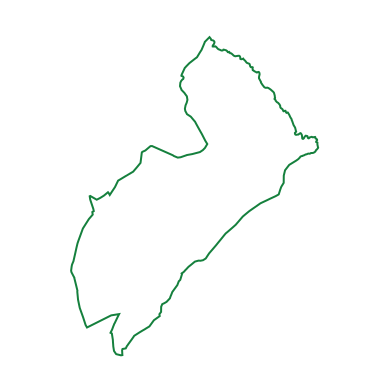 Mazhar, Raymah, Yemen, rotated 261°
{"feature_id": "15242507B74334805972717", "entity_name": "Mazhar", "entity_type": "district", "adm_level": 2, "iso_a3": "YEM", "parent_name": "Yemen", "parent_adm1": "Raymah", "projection": "albers", "projection_center": [43.787, 14.568], "detail": "fine", "context": "isolated", "style": "outline", "palette": "green", "viewbox_px": 384, "rotation_deg": 261, "n_neighbors": 0, "source": "geoboundaries", "source_scale": "gbopen_adm2", "svg_char_len": 5968}
<svg xmlns="http://www.w3.org/2000/svg" viewBox="0 0 384 384"><g transform="rotate(261 192 192)"><path d="M342.2,233.5L338.3,228.2L338.2,228.2L334.9,226.2L331.1,223.8L330.9,223.7L328.8,221.8L327.6,220.8L324.3,218.0L323.1,215.7L319.7,209.6L318.3,207.7L317.6,206.8L317.1,206.1L315.8,204.5L315.7,204.3L310.3,200.7L309.2,200.0L308.5,199.7L308.4,199.7L307.4,201.3L306.2,201.6L305.0,201.0L304.6,200.1L303.4,198.7L301.8,197.6L298.4,196.7L295.2,197.5L294.5,197.6L291.5,199.7L290.9,200.1L290.0,200.5L287.3,201.9L283.7,201.9L281.0,200.7L278.6,199.2L275.3,198.0L275.2,198.0L272.9,198.1L271.6,198.6L269.7,199.2L269.6,199.3L266.6,202.6L261.6,205.6L261.0,206.0L258.9,206.7L255.0,208.1L250.9,209.6L247.7,210.8L241.0,213.0L240.4,213.2L237.0,214.6L233.5,211.7L231.7,209.3L230.2,206.1L229.5,199.1L229.4,198.1L229.3,192.7L229.2,192.4L228.1,186.2L228.2,183.3L230.4,179.7L231.3,178.8L243.6,159.8L243.8,158.2L243.7,158.0L240.3,152.4L239.4,149.2L238.8,148.6L228.8,145.7L225.7,142.2L224.9,141.3L222.1,138.0L221.3,137.1L217.9,128.5L215.7,123.1L214.8,120.8L208.9,116.7L205.0,113.1L201.9,110.3L204.3,109.4L204.9,109.0L202.2,104.4L200.5,100.4L199.3,96.7L204.0,90.9L203.8,90.3L200.3,90.3L190.7,91.9L188.5,92.0L187.8,90.4L185.2,90.4L183.6,88.5L181.4,85.9L173.0,78.5L161.3,72.0L159.2,70.9L155.6,69.4L149.5,67.0L148.5,66.6L148.0,66.4L142.5,64.2L142.2,64.1L139.8,62.6L138.7,62.0L137.0,61.4L133.2,60.3L131.6,60.4L129.5,61.1L126.8,62.0L125.8,62.4L125.5,62.3L117.4,63.0L112.4,63.4L111.5,63.1L103.5,62.6L95.1,63.0L85.0,64.9L77.3,66.1L74.6,67.1L82.8,92.9L82.8,99.9L82.8,100.9L81.0,99.6L79.3,98.4L74.5,95.1L73.8,94.5L72.5,93.8L71.9,93.4L68.7,91.6L65.7,89.5L64.8,90.7L61.6,90.7L58.4,90.7L55.5,90.4L55.2,90.4L51.7,90.1L51.4,90.1L50.4,90.1L47.2,90.1L45.7,90.8L44.0,91.6L43.7,91.8L41.8,96.3L41.8,97.7L46.6,98.2L47.8,98.8L47.9,102.1L50.0,103.6L50.7,104.4L51.2,104.8L54.3,107.9L54.8,108.4L55.6,109.2L58.5,112.0L59.0,112.4L61.5,118.1L62.9,121.5L63.8,123.9L64.4,125.2L65.0,126.7L65.9,128.9L69.9,132.9L70.3,133.3L71.3,134.3L74.5,140.7L76.4,140.7L78.4,142.7L83.5,143.6L85.9,145.1L86.5,147.2L87.2,149.0L87.4,149.6L89.4,152.2L90.4,153.5L92.3,154.5L93.7,155.4L94.4,155.8L96.1,156.8L96.3,156.9L101.6,162.2L102.1,162.8L105.9,165.0L107.0,166.6L109.4,167.8L112.5,169.3L113.4,169.8L113.5,169.6L113.6,169.8L114.3,171.3L115.1,172.3L116.2,173.6L116.4,174.0L118.4,176.5L118.8,177.1L120.8,180.6L122.0,182.6L122.8,184.0L123.2,187.7L122.8,189.6L122.9,192.2L124.2,195.2L127.3,198.0L128.8,199.4L135.6,207.4L137.6,209.6L139.9,212.2L144.5,217.3L145.8,218.8L146.8,220.5L149.9,225.5L151.8,228.5L152.4,229.4L152.6,229.8L154.2,231.7L159.8,238.3L161.2,240.6L164.1,245.5L164.3,245.9L166.3,250.0L170.1,257.8L170.5,259.1L172.3,265.3L173.1,267.9L174.8,273.9L175.9,276.9L176.1,277.3L180.3,279.4L182.5,280.6L183.3,281.1L186.7,284.0L193.8,285.2L198.9,287.3L202.4,291.0L203.6,292.3L205.5,296.9L206.8,300.0L207.9,302.2L209.2,303.9L210.0,304.7L210.3,305.7L210.3,306.8L210.6,307.3L210.7,308.4L211.3,310.0L211.3,311.1L211.7,312.5L211.7,313.1L211.4,314.3L211.6,315.0L211.9,315.7L211.7,316.9L211.7,317.9L212.1,319.2L212.8,320.3L213.8,320.9L214.5,322.0L215.5,323.1L216.0,323.5L216.3,323.4L216.9,323.4L217.6,323.4L218.6,323.3L219.3,323.3L220.1,323.4L221.2,323.6L221.6,323.1L221.9,322.5L222.3,322.5L222.9,323.0L223.4,323.4L223.7,323.7L224.2,323.7L224.9,323.3L225.2,322.8L225.6,322.4L226.2,322.3L226.7,322.4L227.1,322.2L227.1,321.5L227.1,320.8L227.1,320.2L227.2,319.6L227.6,319.2L227.8,318.5L227.5,317.5L227.5,316.7L227.2,316.4L226.8,315.9L226.8,315.4L227.2,315.0L227.7,314.8L228.4,314.8L228.9,314.8L229.2,314.6L229.6,313.7L229.8,313.1L229.3,312.4L228.8,311.8L227.8,311.1L227.3,310.5L227.1,310.0L227.3,309.5L227.7,309.3L228.4,309.3L229.0,309.4L229.9,309.4L231.1,309.4L231.8,309.2L232.4,308.9L232.9,308.7L233.2,308.2L232.9,307.5L232.6,306.9L232.1,306.0L232.2,305.4L232.2,304.3L232.2,303.7L232.6,303.1L233.4,302.8L234.3,302.9L235.3,304.3L236.2,304.2L236.9,304.1L237.4,304.1L239.5,303.9L242.2,302.8L243.3,302.6L244.0,302.5L244.9,302.3L246.3,302.1L247.0,301.8L247.6,301.8L248.3,301.7L248.8,301.6L250.0,301.0L251.2,300.6L252.0,300.4L252.8,300.2L253.5,299.9L254.3,299.6L255.5,299.1L255.6,298.8L255.5,298.5L255.4,298.2L255.4,297.9L255.4,297.7L255.9,297.4L257.6,297.0L257.7,296.6L257.6,296.3L257.6,295.7L257.4,295.5L257.4,295.1L257.6,294.9L258.4,294.7L259.6,294.3L260.3,293.7L261.0,292.9L261.6,292.6L262.0,292.5L262.6,292.5L263.2,292.6L264.0,292.4L264.9,292.1L265.6,291.6L266.5,291.1L267.0,290.5L267.4,290.0L267.8,289.7L268.8,289.1L269.1,288.9L269.9,288.8L270.4,288.6L270.8,288.1L271.5,288.2L271.7,288.6L272.0,288.8L273.1,288.7L274.2,288.8L277.1,288.5L278.1,288.0L279.8,286.6L280.9,285.7L282.7,283.8L283.3,282.7L283.3,281.9L283.4,281.0L283.6,280.6L284.2,279.8L287.1,278.2L288.1,277.8L289.1,277.3L289.6,277.2L290.2,277.3L291.1,276.9L292.0,276.6L292.9,276.3L293.6,276.0L294.4,276.0L295.0,276.2L295.8,276.4L297.4,277.1L298.3,277.2L299.1,277.2L299.9,276.9L300.2,276.4L300.2,275.9L299.9,275.2L299.9,274.7L300.1,274.3L300.6,273.9L301.0,273.2L301.6,272.4L302.1,272.0L302.6,271.6L302.8,271.1L303.6,271.1L304.1,271.1L304.4,271.1L305.0,271.3L305.4,271.5L305.6,271.5L305.8,271.3L305.9,271.0L306.0,270.4L306.1,269.7L306.5,269.4L306.9,269.2L309.3,268.9L309.7,268.6L310.4,267.4L310.7,266.8L311.2,266.2L311.9,265.8L312.6,265.4L313.1,265.2L313.6,264.8L314.4,264.2L314.9,263.8L315.3,263.6L315.7,263.5L315.4,262.1L315.5,261.2L315.9,260.6L316.5,260.6L316.9,260.7L317.6,260.7L318.5,260.5L319.2,259.8L319.3,259.0L319.3,255.9L320.1,254.6L321.3,253.7L322.3,252.9L323.0,252.1L323.1,251.4L323.7,251.0L324.4,250.8L324.6,250.6L324.3,249.7L324.6,249.2L325.6,248.8L326.5,248.0L327.2,246.6L327.6,245.7L327.7,245.3L327.1,244.7L327.0,243.9L327.2,243.1L327.8,242.2L328.4,241.3L328.8,240.5L329.7,239.7L330.9,239.0L331.8,238.3L332.2,237.9L332.2,236.4L332.4,235.8L332.5,235.2L332.9,235.2L333.6,235.6L334.3,236.4L334.9,236.9L335.6,237.3L336.3,237.6L337.1,237.6L337.8,237.2L338.3,236.7L338.7,235.8L339.0,235.0L339.1,234.8L340.5,234.5L342.2,233.5Z" fill="none" stroke="#15803d" stroke-width="2"/></g></svg>